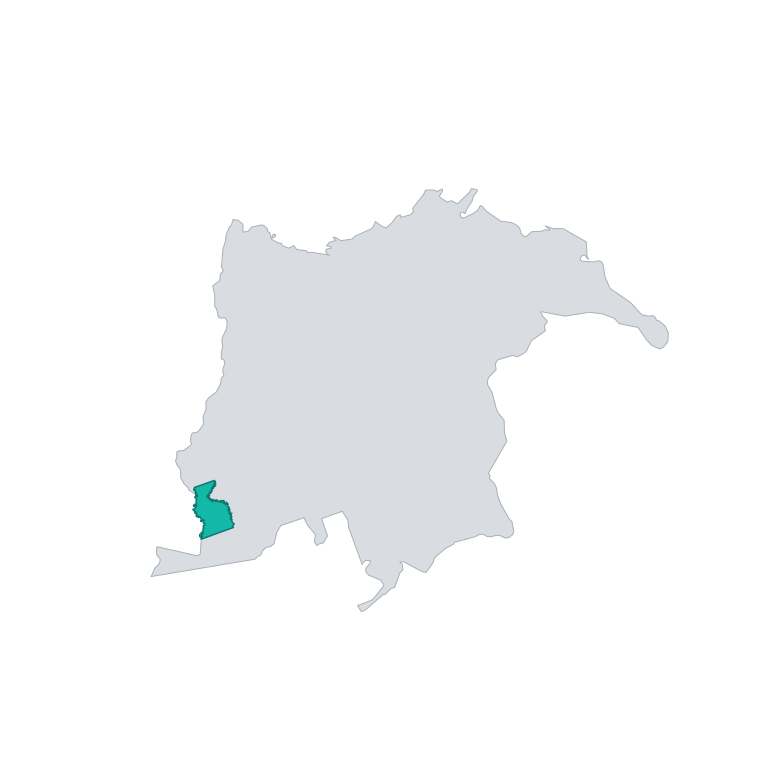 location of Puerto Arica, Amazonas, Colombia, rotated 70°
{"feature_id": "7082276B12752174373355", "entity_name": "Puerto Arica", "entity_type": "district", "adm_level": 2, "iso_a3": "COL", "parent_name": "Colombia", "parent_adm1": "Amazonas", "projection": "mercator", "projection_center": [-71.635, -1.936], "detail": "fine", "context": "in_parent", "style": "filled", "palette": "teal", "viewbox_px": 768, "rotation_deg": 70, "n_neighbors": 0, "source": "geoboundaries", "source_scale": "gbopen_adm2", "svg_char_len": 9555}
<svg xmlns="http://www.w3.org/2000/svg" viewBox="0 0 768 768"><g transform="rotate(70 384 384)"><path d="M439.4,119.2L432.0,122.3L417.7,126.0L407.8,142.3L401.1,145.1L392.8,154.7L386.8,166.6L382.1,190.8L369.9,211.3L370.9,212.2L375.8,211.3L380.3,209.1L382.0,209.7L383.7,213.3L389.2,214.2L393.7,230.8L402.1,239.2L403.0,242.5L404.1,249.3L401.1,253.5L400.2,268.6L402.9,272.3L409.2,273.9L413.4,283.2L416.0,285.4L419.9,286.9L429.1,285.4L445.8,287.0L449.8,286.7L459.1,283.5L471.0,287.5L479.8,288.1L503.6,316.5L506.0,315.6L509.0,317.3L515.0,314.4L520.2,313.9L527.0,315.3L536.0,315.4L554.1,312.4L556.8,310.8L566.7,312.4L569.6,314.5L571.0,319.8L569.9,323.1L566.4,326.4L564.5,330.6L564.2,335.7L562.4,339.5L559.2,342.0L558.0,345.6L558.7,350.3L556.9,371.6L558.3,373.3L559.4,382.1L563.5,393.4L565.5,396.7L569.0,399.3L575.4,408.7L573.9,411.9L557.6,426.5L556.8,429.8L559.9,428.5L565.0,429.8L566.7,433.4L578.8,443.6L578.6,447.4L582.1,455.1L581.5,456.8L589.9,478.6L590.2,483.2L583.2,484.5L582.9,469.9L581.9,466.9L574.0,453.9L572.4,452.8L567.1,454.3L558.3,463.9L554.2,465.3L550.9,464.0L547.6,458.3L545.4,457.2L543.3,462.0L546.0,466.3L507.2,466.3L499.6,464.5L489.3,466.7L489.2,488.7L507.5,489.0L512.5,495.4L512.1,500.5L512.9,502.3L508.5,503.4L502.1,499.9L490.7,504.1L482.3,505.1L481.7,529.4L486.8,535.5L496.6,542.0L498.0,546.4L497.3,550.6L499.6,555.8L502.8,558.6L502.8,561.7L504.5,565.2L485.3,668.6L478.5,662.3L476.0,656.6L472.6,654.2L466.2,656.0L459.2,653.1L481.6,618.1L480.9,614.9L462.1,606.4L460.2,604.2L451.3,599.6L446.4,600.9L443.5,603.2L436.7,603.9L431.2,600.2L424.7,597.8L416.8,603.7L414.4,603.6L408.9,606.2L402.8,607.1L395.0,604.5L388.7,606.3L384.3,606.0L382.7,604.1L377.1,602.0L376.5,599.7L378.0,595.3L375.6,586.8L374.7,585.4L370.5,585.2L365.5,582.2L364.5,580.3L365.6,576.8L364.6,573.9L359.8,567.1L353.0,565.3L346.5,559.6L340.0,557.6L337.0,553.6L334.2,544.4L327.5,537.2L322.8,534.8L321.2,531.5L316.3,531.1L309.8,526.4L306.8,526.1L304.8,528.3L298.7,526.0L293.5,522.6L288.1,521.7L284.6,519.6L278.2,513.0L271.3,509.8L267.3,510.9L266.0,515.8L263.7,516.7L255.8,515.5L254.5,516.5L252.4,516.3L242.7,512.6L233.1,511.3L230.7,503.1L224.6,500.1L222.7,496.3L218.4,496.7L202.1,489.2L195.3,484.0L189.5,481.1L183.5,475.3L182.5,473.0L177.8,469.6L180.1,465.2L185.7,461.9L193.1,464.5L194.0,459.4L191.3,454.9L192.6,444.7L194.5,442.4L198.5,440.4L201.0,441.2L202.6,439.5L208.6,440.2L210.4,439.5L214.9,435.4L216.9,432.1L219.0,432.5L223.8,426.9L223.0,421.5L227.6,420.2L232.4,411.2L234.5,411.0L235.6,406.7L244.0,391.8L240.9,393.5L237.6,392.5L238.2,387.4L237.1,386.8L234.4,390.7L232.1,386.8L232.7,380.4L228.9,381.6L229.1,380.1L234.6,375.3L236.9,364.3L235.1,360.3L233.9,343.7L232.9,340.6L228.4,336.5L235.6,331.8L238.1,328.2L234.9,320.9L230.7,314.7L230.5,310.9L233.1,311.3L234.1,301.0L231.7,297.1L228.7,297.0L219.3,281.8L216.0,278.7L218.5,271.4L221.3,268.2L220.7,262.6L222.6,262.9L226.7,268.0L228.3,267.2L234.7,262.4L234.9,257.9L239.9,253.3L232.8,237.7L230.3,235.2L233.2,230.2L234.9,230.5L237.7,235.4L242.2,238.6L248.8,247.3L251.6,249.2L249.6,251.2L249.1,253.2L250.1,254.4L253.8,254.7L255.3,252.2L254.3,241.7L252.7,236.4L249.3,232.6L250.4,231.0L257.1,228.5L271.1,218.4L275.9,208.9L279.6,205.4L283.7,203.2L288.8,203.7L292.8,202.5L294.0,199.5L291.4,192.9L294.3,183.8L294.2,179.2L296.2,176.5L295.5,175.4L290.4,178.6L295.7,172.3L299.3,162.5L319.7,145.3L333.0,149.4L337.2,149.2L331.7,151.3L330.9,153.8L332.8,156.4L334.8,157.2L336.5,155.5L341.0,145.4L341.6,139.9L343.5,138.0L346.4,137.3L359.4,139.7L371.7,138.8L391.8,124.4L406.9,118.3L410.7,112.3L411.7,107.9L414.4,106.2L417.3,106.2L419.0,103.7L426.0,99.9L433.4,99.4L441.3,102.8L444.9,108.7L445.5,112.8L439.4,119.2ZM208.8,438.4L207.9,439.2L206.1,437.8L205.5,436.1L206.6,434.8L208.0,435.3L208.8,438.4Z" fill="#d9dde1" stroke="#a8b0b8" stroke-width="1"/><path d="M467.3,608.8L467.3,574.8L466.7,575.0L465.9,574.9L465.6,574.7L465.0,573.4L464.4,572.9L464.0,572.8L463.4,573.0L463.0,573.2L462.5,573.8L461.6,574.0L460.5,573.7L459.4,573.2L459.2,573.5L459.3,573.7L459.3,573.9L458.8,573.8L458.4,574.4L458.2,574.6L457.9,574.3L457.9,573.4L457.7,573.3L457.4,573.5L457.0,573.4L457.1,573.2L457.0,572.6L456.9,572.6L456.9,572.9L456.8,573.1L456.4,572.8L456.2,573.0L455.9,572.5L455.6,572.5L455.2,572.7L455.3,573.1L454.9,573.3L455.0,572.9L454.8,572.7L454.4,573.0L454.1,572.9L454.0,572.4L454.1,572.1L453.8,571.8L453.8,572.4L453.2,572.1L452.9,572.1L452.8,572.8L453.1,573.0L452.6,573.2L452.4,573.5L452.3,573.2L452.0,573.0L451.5,573.1L451.6,572.6L451.3,572.6L450.6,572.2L450.4,572.3L450.2,573.3L449.7,573.5L449.9,573.2L449.9,572.8L449.7,572.5L449.4,572.4L449.2,572.0L448.9,572.3L448.6,572.1L448.0,572.0L448.2,572.5L447.8,572.5L447.6,571.9L447.1,571.9L446.9,572.1L447.1,572.4L447.1,572.6L446.9,572.6L446.8,572.1L446.5,572.2L446.1,572.0L445.6,572.6L445.0,572.7L444.0,572.4L444.0,572.2L443.6,571.6L443.3,571.7L443.1,571.9L442.6,572.0L442.2,572.2L442.8,572.3L443.0,572.1L442.1,573.0L443.0,573.2L443.2,574.0L442.6,574.2L442.0,574.3L441.4,575.2L441.1,575.5L440.8,575.3L441.1,575.0L441.2,574.7L441.2,574.4L441.0,574.1L440.8,574.1L440.6,574.3L439.9,574.5L439.0,574.3L438.7,574.4L438.8,575.2L439.3,575.6L439.4,576.3L439.2,576.4L439.0,576.0L438.6,576.0L438.3,576.1L438.3,576.4L438.5,576.6L439.4,576.8L439.4,577.1L439.2,577.4L439.4,577.9L439.2,578.0L438.3,577.2L438.1,577.2L438.3,577.5L438.0,577.8L438.1,578.2L437.8,578.4L438.0,578.8L438.0,579.4L437.8,579.7L437.4,579.8L437.6,580.4L437.3,580.4L437.1,580.6L436.9,580.5L436.3,580.6L436.4,580.8L436.2,581.1L436.5,580.9L436.7,581.2L436.6,581.3L436.2,581.3L436.5,581.6L436.6,582.0L436.1,581.9L435.4,582.2L435.3,582.7L435.7,582.8L435.9,583.2L435.7,583.6L435.7,583.9L435.5,584.4L435.3,584.3L435.5,584.0L435.2,583.9L435.2,584.5L435.1,584.2L434.9,584.1L434.8,584.3L434.9,584.5L434.6,584.6L434.5,584.8L434.3,584.6L434.3,584.9L434.0,584.8L433.8,585.0L434.0,585.4L434.6,585.7L433.8,585.8L434.1,585.9L433.9,586.3L433.7,586.0L433.4,586.1L433.6,586.3L433.3,586.4L433.5,586.7L433.4,586.9L433.0,586.7L432.9,587.0L432.6,587.1L432.8,586.8L432.5,586.6L432.4,587.0L432.0,586.9L431.9,587.1L432.3,587.2L432.2,587.4L431.7,587.1L431.6,587.5L431.5,587.1L431.2,587.2L430.6,586.9L430.4,587.3L430.8,587.8L430.6,587.8L430.1,588.2L430.1,588.3L430.5,588.3L430.5,588.5L430.2,588.6L429.8,588.8L429.6,588.8L429.7,588.5L429.1,588.5L429.1,588.1L429.4,588.2L429.3,587.9L429.1,588.0L429.1,587.8L428.9,587.9L428.9,587.7L428.8,587.8L428.6,587.7L428.8,587.5L428.7,587.2L428.6,587.4L428.3,587.5L428.5,586.9L428.2,587.1L428.1,586.4L427.9,586.2L427.5,586.2L427.4,585.9L427.0,585.5L427.4,585.6L427.4,585.3L427.9,585.2L427.6,585.2L427.4,585.0L427.2,585.0L427.3,584.8L427.1,584.8L427.0,584.7L427.2,584.3L427.0,584.2L426.9,584.4L426.6,584.6L426.7,584.3L426.4,584.4L426.4,584.1L426.1,584.0L426.3,583.3L426.3,583.0L425.8,582.9L425.8,583.2L425.6,583.2L425.3,582.7L425.5,582.5L425.2,582.4L425.3,582.0L425.0,582.0L424.6,582.2L424.0,582.4L424.3,582.2L424.4,581.9L424.0,581.9L424.1,581.7L423.8,581.5L423.5,581.6L423.2,581.5L423.3,581.4L423.4,581.6L423.6,581.5L423.2,581.3L423.2,581.1L423.3,580.9L423.1,581.0L423.0,580.7L423.0,580.3L423.3,580.1L423.2,580.0L422.9,580.1L423.0,579.6L422.6,579.4L422.5,579.7L422.1,579.7L422.4,579.3L422.6,579.3L422.5,578.9L422.0,579.2L421.7,579.0L421.9,578.5L421.5,578.7L421.7,578.2L421.3,578.1L421.6,578.0L421.9,577.7L421.7,577.3L421.4,577.8L421.4,577.5L421.1,577.5L421.3,577.3L421.1,577.2L420.7,577.3L420.8,577.7L420.5,577.7L420.6,577.4L420.4,577.1L420.4,577.6L420.1,577.7L419.3,577.7L419.2,577.4L419.5,577.4L419.5,576.8L419.4,576.9L419.1,576.8L418.9,577.0L418.7,576.8L418.9,576.4L418.5,576.4L418.3,576.2L418.2,576.4L417.9,576.1L417.6,576.3L417.6,576.0L416.9,576.4L416.8,576.7L416.6,576.7L416.4,597.4L417.1,597.7L417.5,598.1L417.7,598.6L418.2,598.9L418.7,598.9L419.0,598.6L418.9,598.2L418.7,598.2L418.5,598.3L418.5,598.1L418.8,598.1L419.4,598.2L419.7,597.8L420.3,597.7L420.7,597.8L420.9,598.0L421.0,598.4L421.2,598.5L421.5,598.3L421.6,597.8L421.9,598.0L422.2,597.9L422.4,598.1L422.7,597.7L422.9,597.6L423.2,597.9L423.3,598.5L423.5,598.5L423.8,598.2L424.1,598.7L424.3,598.5L424.8,598.5L425.0,598.1L424.8,597.7L425.1,597.6L425.7,597.9L425.8,598.0L425.6,598.7L425.3,599.3L425.3,599.9L425.5,600.3L426.2,600.5L427.3,599.7L428.1,599.5L428.8,599.7L429.6,600.7L430.3,600.8L430.8,601.1L431.3,601.0L432.6,601.1L432.6,601.9L432.3,602.9L432.5,603.1L432.4,603.5L433.3,604.6L433.8,604.6L434.0,604.3L434.0,603.8L433.6,602.9L433.8,602.4L434.3,601.9L434.7,602.0L435.1,602.5L435.6,603.6L436.2,604.0L436.3,604.4L436.7,604.7L436.3,605.8L436.5,606.3L436.7,606.5L437.2,606.4L437.7,605.9L438.0,605.9L438.7,605.6L439.4,605.5L439.7,605.1L439.8,604.6L440.1,604.4L440.5,604.4L440.8,604.5L440.2,605.4L440.5,605.8L441.0,605.7L441.4,604.9L441.6,604.7L442.5,604.4L442.8,604.6L442.9,605.1L443.5,605.5L443.9,605.6L444.4,605.5L444.6,604.2L445.1,604.0L445.5,604.3L445.9,604.1L445.8,603.4L445.4,602.9L445.7,602.4L445.9,602.3L447.0,602.2L448.1,601.8L449.0,602.0L449.3,602.2L449.4,602.6L449.8,603.0L450.4,603.1L450.6,602.8L450.6,602.5L450.1,601.5L450.1,601.1L449.7,600.3L450.0,599.8L450.4,599.8L450.9,599.9L451.4,600.7L452.0,601.2L452.3,601.3L453.0,601.1L453.6,600.4L454.1,600.2L454.4,600.2L454.8,600.4L455.0,600.7L455.4,602.1L455.7,602.5L456.5,602.7L457.3,602.6L458.0,602.7L458.2,603.4L458.6,603.8L459.9,604.1L460.2,604.2L460.8,604.2L461.6,604.7L461.6,605.0L461.0,605.8L461.0,606.3L461.3,606.6L462.3,606.6L462.8,606.1L462.7,606.9L462.2,608.0L462.4,608.5L462.8,608.9L463.4,609.1L463.9,609.2L464.7,609.1L465.2,608.8L465.6,608.3L465.6,607.9L465.0,607.4L464.3,607.1L464.5,606.9L464.9,606.8L465.6,607.2L466.5,608.6L466.8,608.8L467.3,608.8Z" fill="#14b8a6" stroke="#0f766e" stroke-width="1.5"/></g></svg>